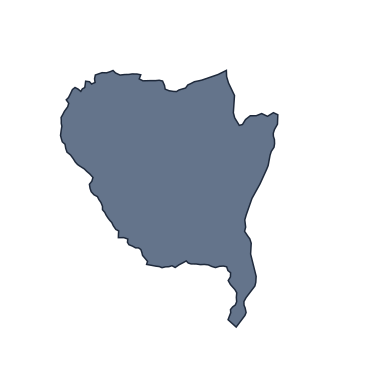 outline of Potiretama, Ceará, Brazil, rotated 341°
{"feature_id": "56859067B9808487421198", "entity_name": "Potiretama", "entity_type": "district", "adm_level": 2, "iso_a3": "BRA", "parent_name": "Brazil", "parent_adm1": "Ceará", "projection": "orthographic", "projection_center": [-38.179, -5.778], "detail": "fine", "context": "isolated", "style": "filled", "palette": "slate", "viewbox_px": 384, "rotation_deg": 341, "n_neighbors": 0, "source": "geoboundaries", "source_scale": "gbopen_adm2", "svg_char_len": 2376}
<svg xmlns="http://www.w3.org/2000/svg" viewBox="0 0 384 384"><g transform="rotate(341 192 192)"><path d="M103.1,63.9L104.3,68.0L102.2,71.0L97.6,74.2L94.7,77.0L92.5,78.9L91.7,81.8L90.7,84.6L90.4,87.4L88.5,90.9L86.1,95.7L85.8,99.4L85.7,102.3L87.5,105.5L86.8,109.6L86.8,113.7L89.2,117.4L90.6,122.0L91.4,125.6L92.7,128.7L94.6,131.3L97.7,135.1L99.2,138.2L101.2,141.6L103.1,146.0L100.8,149.2L97.5,151.3L96.8,155.4L96.8,158.9L98.4,162.7L101.1,165.6L101.5,168.8L102.5,172.3L102.7,176.4L101.6,179.6L102.9,182.8L103.3,186.0L104.1,189.2L105.1,192.2L106.2,194.7L106.6,198.3L107.8,202.6L110.0,204.9L108.7,208.0L107.5,211.2L112.8,213.0L116.0,215.6L114.6,218.5L115.2,221.3L118.1,223.8L120.4,226.4L123.2,227.4L124.9,229.7L124.9,232.8L124.6,235.9L125.9,239.2L127.4,243.1L125.5,245.7L129.4,247.9L133.8,250.4L136.9,251.9L139.0,253.8L142.5,254.1L145.8,255.1L149.1,255.2L151.5,257.9L156.1,256.6L160.8,255.9L164.1,255.3L165.3,257.9L167.7,259.7L172.5,261.4L176.3,263.4L180.1,264.5L183.7,266.2L186.3,268.7L189.6,271.1L193.7,271.2L197.5,272.2L200.4,274.0L200.4,278.0L202.2,280.9L200.7,284.8L197.4,287.5L198.2,292.0L199.7,295.6L200.8,298.2L201.5,301.9L199.6,306.1L198.5,310.3L196.2,312.9L193.0,313.9L190.1,315.7L189.3,318.8L187.0,321.5L184.5,324.5L189.8,334.1L201.8,326.0L203.9,323.6L204.5,318.9L204.3,316.0L205.4,312.5L208.8,309.4L220.8,301.4L222.9,298.2L225.2,292.6L227.2,269.8L231.3,259.7L231.4,255.1L230.5,252.3L228.9,246.3L231.3,242.7L232.8,235.6L235.8,231.3L246.6,217.6L258.9,206.5L270.0,194.8L272.6,191.8L277.8,182.6L280.2,179.4L284.1,176.4L285.8,173.2L287.0,169.3L287.1,165.8L288.0,162.9L290.3,159.8L294.9,155.7L298.3,146.9L294.8,143.5L288.0,145.0L283.4,140.5L277.6,140.8L271.9,138.9L266.2,140.9L261.7,144.6L258.4,144.4L256.5,135.8L256.9,130.5L263.6,114.6L262.0,100.8L262.3,94.1L264.1,88.2L254.9,89.4L237.7,89.4L234.8,89.1L230.2,88.5L226.1,89.1L222.9,89.4L219.8,91.6L215.7,91.4L212.8,91.3L210.1,92.0L207.1,90.8L203.3,88.8L200.1,86.0L200.7,82.4L200.3,77.5L197.4,75.7L193.7,74.8L189.1,73.2L185.9,72.2L181.8,70.9L178.9,67.9L181.7,64.5L178.5,62.6L173.9,60.9L170.6,60.3L166.5,59.0L162.0,58.0L158.4,54.5L156.9,51.4L153.8,51.6L150.0,51.5L145.8,49.9L142.1,49.9L138.7,49.9L136.7,53.3L136.0,56.9L132.2,57.2L130.9,54.3L127.5,52.6L126.1,55.5L124.6,58.3L121.9,58.8L119.6,60.7L117.8,57.6L115.4,55.1L112.3,56.2L108.9,59.7L106.0,62.5L103.1,63.9Z" fill="#64748b" stroke="#1e293b" stroke-width="1.5"/></g></svg>